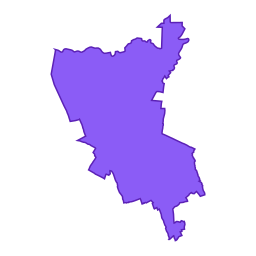 Popricani, Iasi, Romania (Albers equal-area conic projection)
{"feature_id": "2599482B80452302605410", "entity_name": "Popricani", "entity_type": "district", "adm_level": 2, "iso_a3": "ROU", "parent_name": "Romania", "parent_adm1": "Iasi", "projection": "albers", "projection_center": [27.54, 47.269], "detail": "fine", "context": "isolated", "style": "filled", "palette": "violet", "viewbox_px": 256, "rotation_deg": 0, "n_neighbors": 0, "source": "geoboundaries", "source_scale": "gbopen_adm2", "svg_char_len": 5788}
<svg xmlns="http://www.w3.org/2000/svg" viewBox="0 0 256 256"><path d="M194.9,149.0L191.1,147.2L190.9,147.3L189.3,146.7L187.1,145.3L184.3,143.9L182.4,143.2L165.7,135.3L162.2,133.8L162.1,133.6L162.0,132.8L162.3,130.3L162.7,128.4L162.9,126.2L163.3,125.0L163.2,123.6L163.0,123.3L162.8,123.3L163.1,122.0L163.3,118.8L164.6,113.8L164.7,113.0L164.9,110.5L164.7,108.5L160.9,108.5L161.4,103.2L161.8,101.3L151.6,100.4L156.0,92.3L157.0,91.5L159.1,91.6L160.6,91.9L163.0,92.5L163.7,86.4L164.2,83.6L163.2,83.2L162.9,82.8L162.7,82.6L162.5,81.6L162.3,81.2L162.0,81.0L162.6,80.0L162.9,78.7L163.3,78.4L163.7,77.9L164.8,76.0L166.4,78.6L168.2,77.1L168.9,76.8L168.2,75.4L170.6,72.7L169.3,71.1L172.8,70.4L172.8,69.9L173.5,69.6L173.8,69.4L174.2,68.8L174.5,67.8L174.1,66.7L173.9,65.8L174.1,65.2L174.5,64.8L176.6,63.9L177.0,63.5L177.1,63.2L177.2,62.8L176.6,61.3L176.7,60.6L177.0,60.2L178.5,59.6L179.7,58.8L180.4,58.1L180.5,57.9L180.5,57.5L180.3,57.2L178.8,55.1L178.6,53.6L178.7,53.2L179.0,52.5L181.5,48.5L182.1,47.1L182.7,45.0L183.3,44.0L183.6,43.8L186.3,42.8L187.2,42.3L188.1,41.6L188.7,40.5L188.8,39.9L188.7,39.2L188.3,38.7L187.7,38.5L185.1,39.2L183.5,39.4L181.2,39.4L179.6,39.3L178.7,39.0L178.4,38.6L178.5,37.9L178.8,37.6L180.2,36.8L181.1,35.6L182.0,34.3L184.9,28.8L182.1,25.9L182.2,22.5L171.1,22.6L170.7,22.5L170.4,22.2L170.2,21.8L170.1,15.4L167.8,17.6L165.1,19.0L164.2,19.7L163.9,20.3L163.9,23.3L161.4,23.3L157.3,27.1L162.3,27.3L161.6,48.0L161.5,48.3L159.9,48.7L158.9,48.2L157.9,48.2L157.2,47.9L154.6,45.8L153.2,43.8L152.7,43.5L151.1,43.0L150.7,42.5L150.6,42.1L150.8,40.7L150.8,40.3L150.2,39.7L149.6,39.6L148.2,40.5L147.8,40.8L147.7,41.2L147.4,41.7L147.2,42.0L146.8,42.1L145.8,41.7L144.9,41.0L144.3,40.9L143.0,41.0L142.5,40.9L142.2,40.7L141.9,40.2L141.7,38.9L141.5,38.6L141.3,38.5L137.1,38.0L135.4,39.1L133.6,39.6L132.7,40.1L132.2,40.5L131.6,40.7L131.4,41.1L131.5,41.9L131.0,42.9L130.3,43.4L128.5,43.8L128.0,44.2L126.4,46.2L124.8,47.9L125.1,50.1L125.0,51.1L124.7,51.4L123.9,51.8L120.3,52.7L119.3,52.5L118.8,52.2L117.8,51.3L115.5,51.6L115.2,53.6L115.0,54.4L114.2,55.4L113.1,56.1L112.6,56.3L112.1,56.2L111.4,55.6L110.8,54.2L110.4,52.4L106.1,53.2L104.4,53.3L103.8,53.1L102.7,52.4L101.8,51.5L100.5,49.5L99.8,48.9L98.4,48.1L97.1,48.0L95.0,48.2L91.3,47.0L89.9,47.2L88.3,47.9L86.1,49.1L84.4,50.8L82.2,52.0L81.5,52.2L80.8,52.2L79.1,51.3L77.9,51.0L76.7,51.2L75.0,51.8L74.3,51.9L73.6,51.5L72.5,50.5L71.0,49.9L66.0,48.8L64.7,49.0L63.9,49.5L63.6,49.8L62.9,51.1L62.6,51.7L61.8,52.1L61.1,52.1L60.2,51.6L58.9,50.7L58.2,50.3L55.3,49.5L55.5,49.7L55.2,52.2L51.2,74.2L54.3,84.7L64.0,105.8L66.6,110.9L67.3,113.0L67.9,114.3L68.3,115.3L70.2,121.4L75.3,120.6L79.0,119.6L79.5,119.2L80.5,121.5L81.0,122.5L81.2,123.1L81.8,124.2L82.6,126.7L82.8,127.8L83.5,129.5L83.9,131.6L85.3,135.3L85.7,136.1L77.5,140.5L80.3,141.0L81.2,141.5L83.3,142.2L85.3,142.5L88.0,144.2L89.4,144.4L89.8,144.6L90.9,145.5L95.0,147.7L95.5,148.1L95.6,148.4L93.1,152.5L93.9,153.4L94.2,153.6L94.6,154.2L94.7,155.8L95.0,156.2L95.4,156.3L95.9,157.5L94.6,159.7L93.4,161.4L93.0,161.9L92.9,162.3L91.1,164.8L90.2,166.2L89.0,169.2L88.6,169.9L94.3,173.2L95.5,174.2L96.3,174.5L99.4,176.0L103.3,178.0L104.5,178.8L105.9,174.4L106.1,174.4L106.3,174.2L108.8,175.2L109.0,174.6L109.5,174.5L110.0,174.1L110.2,173.7L110.2,173.4L109.9,171.4L110.0,170.7L111.6,171.1L113.2,173.6L113.9,175.5L115.4,180.1L116.1,181.5L116.5,182.2L117.2,183.0L117.2,183.3L117.6,185.5L117.6,186.6L117.4,186.8L118.3,189.6L119.6,192.7L120.1,193.2L121.9,195.6L122.5,196.7L122.7,199.1L123.4,200.6L123.8,202.9L125.3,202.6L126.5,202.9L126.7,202.6L128.7,202.5L128.9,202.4L128.9,202.0L131.6,201.7L132.7,201.4L134.8,200.7L140.2,198.6L140.8,200.0L142.1,204.0L144.0,203.3L143.8,203.0L144.5,202.8L145.5,202.5L146.2,202.9L151.0,200.4L153.2,202.7L152.3,203.4L154.0,208.4L154.4,208.9L156.8,207.6L157.7,210.0L159.2,209.1L159.7,210.2L161.2,214.3L161.6,216.9L161.9,218.1L163.5,220.7L163.9,222.4L164.3,223.4L164.8,225.0L165.6,226.1L166.1,227.2L165.9,227.4L165.6,228.6L165.9,229.1L166.4,230.8L167.0,231.8L167.9,233.3L168.3,235.0L168.3,235.4L168.4,235.8L168.9,236.8L169.4,238.8L169.2,239.3L168.9,239.4L169.0,239.5L169.8,239.2L173.4,235.9L173.7,235.8L174.5,238.6L175.1,239.4L175.3,240.6L175.8,240.5L176.8,239.8L177.2,239.3L177.2,238.9L177.8,238.5L178.3,237.4L178.8,236.8L179.3,236.5L181.9,235.5L180.2,231.9L181.9,231.4L181.9,231.1L181.5,229.8L184.5,229.2L184.3,227.8L184.3,227.3L184.5,225.8L184.8,225.0L184.9,224.4L184.7,222.7L184.2,221.4L183.5,221.7L182.7,221.1L181.6,220.8L181.6,221.0L181.3,221.2L181.1,221.3L180.9,221.2L180.5,221.6L180.3,222.2L180.0,222.3L177.9,221.6L176.6,221.5L176.2,221.6L175.2,222.6L174.1,223.0L173.8,220.6L173.5,214.1L172.8,209.1L174.6,206.8L176.8,206.0L177.6,205.5L179.1,204.1L179.8,202.7L183.1,202.4L185.4,201.6L187.2,201.4L187.6,201.2L187.1,199.7L186.5,198.7L185.8,197.7L188.4,195.5L189.0,194.9L189.3,194.1L191.3,192.5L191.6,192.6L191.9,193.1L192.2,193.4L194.1,193.7L196.5,191.5L198.9,194.3L200.3,196.3L204.8,194.8L204.7,193.2L204.3,192.3L203.4,190.8L202.8,189.0L202.7,187.9L202.5,187.3L202.4,186.6L202.4,186.4L202.6,186.2L202.7,185.8L202.4,185.1L201.8,184.5L201.7,184.2L201.9,183.8L201.9,183.4L201.5,182.9L201.2,182.4L199.1,181.2L200.0,180.7L199.7,180.5L199.8,180.2L199.5,179.7L199.5,179.4L199.7,179.2L199.1,177.5L198.2,176.1L197.9,175.3L197.9,174.7L197.7,174.6L197.5,173.4L196.9,171.9L196.9,171.3L196.2,170.1L195.7,169.9L195.3,169.3L195.3,167.6L194.9,166.7L195.0,165.7L194.7,165.2L194.7,164.7L194.5,164.1L194.5,162.7L194.4,162.2L194.7,161.4L195.2,161.0L194.9,160.1L194.6,159.9L194.6,159.6L194.4,159.2L194.1,159.1L193.7,158.5L193.8,158.2L193.6,157.9L193.3,157.7L192.5,155.9L192.2,155.4L192.4,154.9L192.4,154.2L192.4,153.9L192.1,153.7L192.1,153.4L192.6,152.9L193.7,152.2L193.6,151.4L193.9,150.8L193.9,150.2L194.0,150.0L194.5,149.8L194.9,149.0Z" fill="#8b5cf6" stroke="#5b21b6" stroke-width="1.5"/></svg>